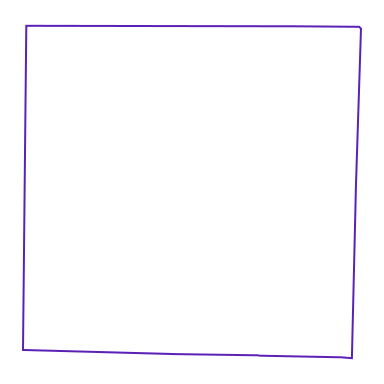 the district of Wise, Texas, United States of America
{"feature_id": "52423323B38394143035791", "entity_name": "Wise", "entity_type": "district", "adm_level": 2, "iso_a3": "USA", "parent_name": "United States of America", "parent_adm1": "Texas", "projection": "albers", "projection_center": [-97.568, 33.212], "detail": "fine", "context": "isolated", "style": "outline", "palette": "violet", "viewbox_px": 384, "rotation_deg": 0, "n_neighbors": 0, "source": "geoboundaries", "source_scale": "gbopen_adm2", "svg_char_len": 275}
<svg xmlns="http://www.w3.org/2000/svg" viewBox="0 0 384 384"><path d="M26.3,25.8L23.0,350.0L175.2,354.1L257.5,355.3L260.3,355.7L341.2,357.3L351.9,358.2L355.3,213.8L355.9,187.2L361.0,28.7L359.2,26.8L295.9,26.3L26.3,25.8Z" fill="none" stroke="#5b21b6" stroke-width="2"/></svg>